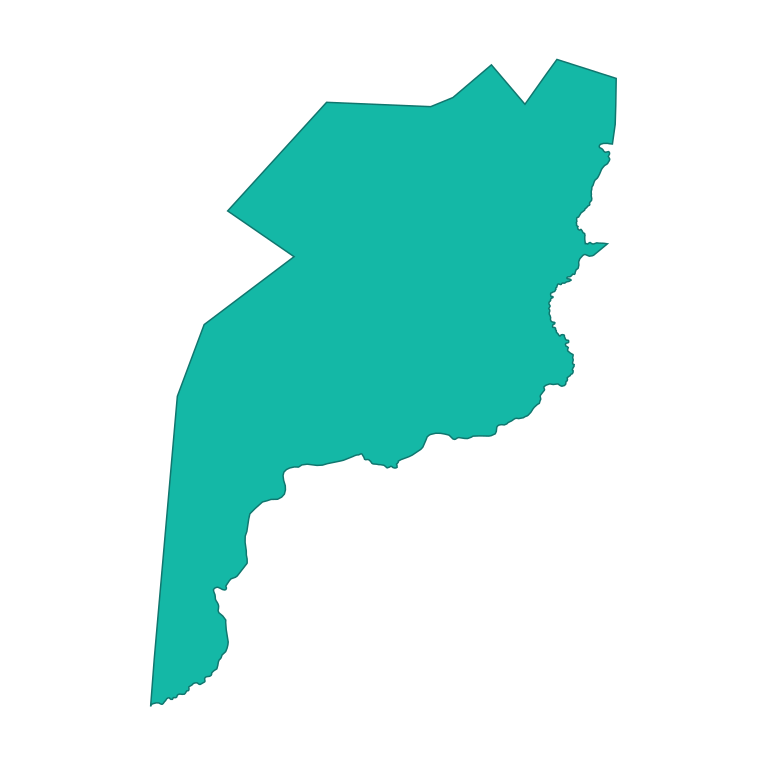 Pilnaniyeu, Río Negro, Argentina, rotated 182°
{"feature_id": "61730980B63808307170695", "entity_name": "Pilnaniyeu", "entity_type": "district", "adm_level": 2, "iso_a3": "ARG", "parent_name": "Argentina", "parent_adm1": "Río Negro", "projection": "mercator", "projection_center": [-70.712, -40.709], "detail": "fine", "context": "isolated", "style": "filled", "palette": "teal", "viewbox_px": 768, "rotation_deg": 182, "n_neighbors": 0, "source": "geoboundaries", "source_scale": "gbopen_adm2", "svg_char_len": 6111}
<svg xmlns="http://www.w3.org/2000/svg" viewBox="0 0 768 768"><g transform="rotate(182 384 384)"><path d="M165.6,531.9L169.1,532.3L174.5,532.3L176.3,532.5L179.3,531.3L180.6,531.3L181.5,531.7L182.9,532.6L183.7,532.4L185.3,531.0L185.9,531.0L186.3,531.4L187.7,531.3L188.4,535.5L188.5,538.3L188.3,539.5L188.6,540.2L188.5,540.9L189.1,541.6L190.4,542.2L191.2,543.8L192.3,545.2L192.6,545.4L193.4,544.8L194.0,544.6L195.5,545.5L196.0,547.3L195.6,548.2L197.1,549.1L197.1,550.7L197.5,552.1L196.9,553.1L197.3,555.4L197.0,556.9L196.6,557.3L195.4,557.6L193.1,561.8L189.6,564.7L189.1,566.2L187.8,567.2L186.1,569.3L185.1,569.7L184.6,570.3L184.9,571.9L184.6,572.8L183.0,574.7L182.8,576.5L183.5,579.4L183.3,581.1L183.5,581.7L183.6,584.2L183.2,585.3L183.1,587.9L182.7,588.9L182.1,589.6L181.1,593.1L180.3,595.0L178.0,597.2L177.1,598.7L175.8,601.5L174.1,606.0L173.2,607.5L171.2,610.0L168.9,611.5L168.1,612.3L167.8,613.1L166.8,614.7L166.3,616.0L166.3,616.8L167.8,619.3L166.7,621.5L166.6,622.7L167.1,623.7L167.7,624.1L170.8,623.3L171.8,623.8L172.7,624.6L173.4,625.8L174.7,626.9L176.2,627.5L176.9,628.0L177.2,628.8L177.0,629.9L176.1,631.1L173.1,632.1L168.8,632.3L167.4,632.0L164.1,631.8L162.0,651.6L162.1,670.6L162.6,697.5L222.5,714.4L231.6,700.9L252.9,668.5L287.8,706.7L325.1,672.7L347.0,662.8L451.2,663.5L546.3,551.5L478.3,508.1L565.8,437.1L590.1,364.5L604.0,101.6L606.0,53.6L605.5,54.9L604.7,56.0L603.5,56.5L600.5,57.4L598.0,57.4L595.9,56.4L595.1,56.2L594.3,56.3L593.5,57.0L592.3,58.8L591.2,60.0L590.2,61.8L589.1,62.6L588.1,62.9L587.6,62.9L586.6,61.8L585.9,61.4L584.4,61.5L583.6,63.2L581.1,63.3L580.2,64.0L580.0,64.8L579.6,65.8L578.9,66.5L577.3,67.0L574.8,66.8L572.6,67.1L571.7,68.1L570.5,70.3L568.7,70.8L568.4,71.3L568.2,72.5L568.5,73.7L568.4,74.6L565.4,76.5L564.4,77.7L563.3,78.4L561.7,78.8L560.2,78.8L558.6,77.6L557.5,77.3L556.9,77.5L552.9,80.0L552.6,80.4L552.6,81.3L552.9,82.6L553.0,83.4L552.4,84.4L551.9,84.9L551.0,85.3L548.0,85.8L547.0,86.5L546.6,86.8L546.2,87.6L546.1,89.1L545.7,89.8L544.0,91.5L541.1,93.5L540.3,96.9L539.8,100.5L539.2,102.2L538.7,103.0L538.0,103.5L537.2,104.8L536.4,107.5L532.9,111.0L531.6,114.5L530.9,117.9L530.7,120.7L533.1,132.9L533.9,140.3L533.9,142.6L537.0,146.5L541.1,149.7L541.9,151.7L541.6,153.7L541.5,155.8L541.7,157.1L542.3,158.6L543.4,160.4L544.4,161.8L545.0,163.2L545.3,166.0L545.6,167.6L546.8,170.3L547.3,172.5L547.0,173.0L545.6,174.4L543.7,175.1L542.8,175.0L540.7,174.2L538.3,173.0L536.3,172.6L535.1,172.9L534.4,173.9L534.4,175.0L535.0,176.3L534.9,176.8L531.7,182.0L530.0,184.0L525.7,185.7L524.0,187.0L514.6,200.0L514.5,200.9L514.7,204.4L515.6,208.3L515.8,212.4L517.3,221.0L517.4,227.1L515.9,231.9L514.5,244.2L513.5,249.6L508.6,254.9L501.3,261.9L496.9,263.2L492.9,264.7L486.3,265.1L482.3,267.4L479.7,270.5L478.8,274.7L479.1,278.9L480.9,284.1L481.7,288.9L481.0,292.4L478.5,295.1L475.3,296.8L470.6,298.0L466.5,298.0L463.2,300.3L457.9,301.2L448.1,300.3L442.6,300.8L437.9,302.4L425.0,305.5L421.8,306.4L411.8,310.8L411.2,311.2L408.8,312.1L406.8,312.3L404.5,313.5L403.5,313.1L401.4,309.8L400.8,308.1L399.7,307.7L397.5,308.0L396.5,307.7L394.8,306.3L393.4,304.4L392.5,303.9L391.7,303.7L388.6,303.6L386.2,303.2L385.1,303.3L381.3,302.8L379.3,301.4L378.7,300.7L377.9,300.3L375.9,301.0L374.3,302.0L373.2,301.7L372.3,300.9L370.6,300.4L369.2,300.5L368.0,301.2L368.2,303.2L368.7,304.4L368.0,305.0L367.0,306.3L367.0,307.4L364.4,309.0L356.6,312.2L353.2,314.0L344.8,320.1L343.0,322.2L340.3,329.0L339.0,332.7L336.9,334.6L335.7,335.2L330.6,336.6L325.8,336.7L321.6,336.1L318.1,335.4L317.0,335.0L313.2,331.5L311.7,331.1L310.7,331.3L308.7,332.7L307.4,333.1L301.5,332.4L298.6,332.4L294.9,333.9L293.2,335.0L286.3,335.5L277.4,335.6L275.1,336.1L271.1,338.1L270.1,340.5L269.8,344.5L269.4,345.5L268.8,346.2L268.0,346.8L266.8,347.2L265.0,347.5L262.4,347.3L259.9,348.4L258.6,349.8L255.2,351.6L252.0,354.0L250.2,354.4L248.2,354.1L243.4,355.2L242.1,356.2L239.7,357.2L238.7,358.0L236.2,360.9L234.3,364.2L233.0,366.0L230.0,368.9L228.1,370.1L227.3,373.2L226.9,373.8L226.9,374.9L227.5,377.2L227.2,378.3L223.5,383.4L223.4,384.3L223.9,385.3L224.1,386.6L222.7,388.0L221.7,388.6L218.3,389.9L214.9,389.4L210.7,390.1L209.7,389.9L208.6,389.0L207.0,388.2L206.1,388.0L203.6,388.8L202.5,390.0L202.3,391.1L202.2,392.5L201.9,393.1L201.2,393.4L200.9,394.1L200.8,395.2L201.0,395.4L201.1,396.7L198.9,398.5L198.4,398.7L197.4,400.3L196.1,400.9L195.5,402.2L195.4,403.6L195.5,404.0L196.0,404.3L196.3,404.8L195.8,406.4L194.7,408.3L194.7,409.0L194.8,409.3L194.6,410.0L195.9,410.6L196.3,411.4L196.2,412.5L195.8,414.1L195.8,415.2L196.4,416.8L196.0,418.9L196.1,420.0L198.7,421.3L201.6,423.6L201.7,424.3L201.6,425.2L201.1,426.8L202.0,427.6L203.5,428.2L204.1,430.1L203.5,431.1L201.6,431.6L201.0,432.0L200.9,432.8L201.0,433.7L201.6,434.2L203.2,434.2L204.2,435.2L205.5,438.1L205.4,438.8L205.8,439.3L207.3,439.6L208.4,439.4L209.0,439.0L209.5,438.3L209.8,438.1L210.7,438.5L211.6,439.9L213.5,441.8L213.7,443.5L214.6,444.4L214.4,444.9L214.6,445.8L215.3,446.4L217.2,446.5L217.5,447.0L217.6,447.7L217.2,449.2L216.6,449.8L215.7,449.9L215.3,451.1L215.9,451.6L217.8,451.8L218.9,452.4L219.6,453.3L219.9,454.4L219.8,456.3L220.5,458.3L221.2,459.3L221.4,460.8L220.9,462.6L221.0,463.8L222.0,465.1L221.0,467.0L220.7,467.7L221.0,468.4L221.6,469.2L222.0,470.2L222.0,470.9L221.7,471.7L221.2,472.4L220.9,472.5L220.4,473.2L220.5,474.1L220.3,474.8L219.0,476.1L218.6,476.0L218.2,476.3L218.1,476.8L218.3,477.2L219.1,477.4L219.6,477.2L220.2,477.4L220.5,478.5L220.7,479.7L220.5,480.5L220.3,480.8L219.3,481.1L218.6,481.7L217.0,482.3L216.2,483.1L215.9,484.1L215.5,484.5L215.7,485.7L215.4,486.3L214.8,486.7L214.3,488.6L214.0,489.4L213.5,490.0L213.0,490.1L211.3,489.6L210.7,489.6L210.3,489.8L210.0,490.5L209.2,491.1L206.9,491.1L205.2,492.4L202.7,493.0L200.7,494.2L200.8,494.7L201.2,495.0L202.7,495.5L204.4,495.6L204.7,495.8L204.9,496.1L204.8,496.9L204.1,497.4L201.9,497.7L200.8,498.4L199.1,500.4L197.7,500.2L197.2,500.5L196.9,501.2L196.9,502.1L196.0,504.7L195.7,505.2L195.3,505.3L194.0,506.5L193.4,509.7L193.7,512.5L193.5,513.5L192.6,516.1L189.7,519.5L188.5,520.3L187.3,520.4L183.3,518.9L180.4,519.4L179.0,520.0L165.6,531.9Z" fill="#14b8a6" stroke="#0f766e" stroke-width="1.5"/></g></svg>